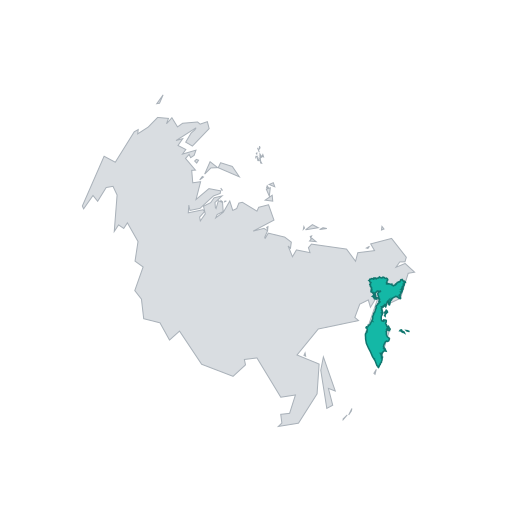 Kamchatka on a map of Russia (orthographic projection), rotated 336°
{"feature_id": "RUS-3468", "entity_name": "Kamchatka", "entity_type": "Region", "adm_level": 1, "iso_a3": "RUS", "parent_name": "Russia", "parent_adm1": "", "projection": "orthographic", "projection_center": [164.844, 57.899], "detail": "fine", "context": "in_parent", "style": "filled", "palette": "teal", "viewbox_px": 512, "rotation_deg": 336, "n_neighbors": 0, "source": "natural_earth", "source_scale": "10m", "svg_char_len": 9776}
<svg xmlns="http://www.w3.org/2000/svg" viewBox="0 0 512 512"><g transform="rotate(336 256 256)"><path d="M226.8,426.0L207.1,420.8L211.7,419.1L214.2,410.7L222.7,413.4L235.5,399.0L221.2,395.1L215.4,349.5L203.3,345.8L202.1,351.2L186.1,356.6L162.3,332.8L155.6,293.5L142.8,297.6L141.1,278.0L127.9,267.6L133.8,248.8L131.2,238.3L148.4,220.1L143.4,211.5L154.1,194.8L152.0,173.4L146.4,177.0L143.1,171.7L136.5,175.9L153.9,143.8L153.7,134.2L147.0,132.5L133.6,141.6L131.7,134.4L117.7,142.8L117.7,139.7L157.8,103.1L165.6,113.1L195.3,93.0L199.8,92.6L197.6,96.3L209.9,94.4L222.5,89.4L232.0,94.7L228.0,98.8L235.4,95.5L236.8,106.1L243.0,104.9L257.1,109.8L258.6,112.8L266.2,113.5L265.0,120.6L242.6,129.7L238.1,123.4L246.7,117.3L251.4,115.9L253.4,114.5L229.9,118.0L236.8,119.0L229.7,123.3L235.2,130.2L230.3,133.0L244.2,134.9L240.4,138.9L236.3,139.6L236.2,136.0L231.3,138.2L235.6,152.9L232.1,151.6L228.0,163.4L235.6,165.6L224.2,180.0L240.4,175.3L250.2,182.1L248.7,184.3L241.6,183.8L224.2,189.7L214.2,187.5L215.3,182.2L211.7,189.0L226.4,192.2L227.1,194.5L220.3,197.5L219.4,201.3L226.8,196.9L228.3,189.2L236.3,188.8L241.4,185.8L249.4,187.3L240.3,190.4L238.6,195.2L238.8,196.4L244.1,190.2L247.2,193.5L244.1,202.0L237.4,202.3L234.7,204.8L244.0,202.7L254.4,195.1L253.3,204.9L257.7,204.8L261.9,200.7L265.4,201.4L275.1,215.4L278.3,212.6L288.3,214.3L287.0,230.5L263.5,232.1L274.5,234.0L276.9,237.6L271.9,242.1L271.3,243.0L271.6,243.6L276.5,240.1L289.9,250.4L293.9,257.7L290.6,263.0L289.4,259.9L289.0,271.5L295.4,266.9L306.7,274.9L307.3,269.7L311.5,267.7L341.5,286.5L344.8,301.3L350.3,294.4L366.5,299.3L365.7,291.6L387.0,295.1L392.8,318.3L389.7,321.9L384.9,319.9L379.3,323.2L389.2,323.5L394.3,335.3L388.0,333.7L370.8,353.4L350.5,353.7L344.4,365.5L348.7,377.0L322.5,407.6L323.9,372.3L355.4,338.5L339.7,349.4L340.7,341.8L331.2,342.2L321.3,352.3L323.4,356.7L283.2,348.0L253.2,363.1L269.7,380.4L255.7,406.8L226.8,426.0ZM273.0,176.9L257.4,160.0L261.6,156.4L270.8,164.6L273.0,176.9ZM276.5,375.6L273.5,411.6L268.3,406.4L265.4,423.5L258.7,424.0L268.7,386.7L276.5,375.6ZM252.4,151.2L256.9,159.7L250.6,157.2L242.4,160.3L252.4,151.2ZM311.9,252.2L320.3,250.3L324.4,255.5L311.9,252.2ZM296.8,199.5L292.5,206.8L292.6,199.2L296.8,199.5ZM301.6,196.1L301.3,200.4L297.1,196.0L301.6,196.1ZM295.5,207.1L293.6,212.7L287.1,208.7L295.5,207.1ZM324.9,257.7L328.7,257.4L331.9,259.7L324.9,257.7ZM236.7,71.0L230.0,77.2L227.3,76.5L236.7,71.0ZM301.4,160.1L301.2,162.4L301.4,157.8L301.4,160.1ZM314.3,262.5L316.7,267.3L311.0,264.1L314.3,262.5ZM239.6,147.0L238.6,144.3L240.8,143.5L242.5,145.1L239.6,147.0ZM301.1,164.4L301.4,166.5L299.8,167.3L301.1,164.4ZM298.9,170.9L296.7,169.7L298.1,168.4L299.5,168.9L298.9,170.9ZM298.0,172.8L298.8,171.2L298.9,173.6L298.0,172.8ZM240.1,162.5L235.5,163.6L239.3,161.5L240.1,162.5ZM295.2,198.9L293.4,198.0L294.8,196.4L295.2,198.9ZM303.5,166.1L303.2,168.6L301.9,167.4L303.5,166.1ZM383.9,283.4L381.2,283.3L383.1,280.2L383.9,283.4ZM303.7,158.8L302.2,160.0L303.9,157.1L303.7,158.8ZM251.7,182.2L251.4,179.6L252.0,182.1L251.7,182.2ZM278.9,234.0L277.4,236.6L277.4,234.2L278.9,234.0ZM363.6,293.3L361.3,294.6L360.1,293.6L363.6,293.3ZM296.8,167.4L298.1,166.4L296.7,168.1L296.8,167.4ZM301.6,167.9L299.7,168.3L301.2,167.1L301.6,167.9ZM281.6,434.3L280.0,436.4L276.0,438.9L281.6,434.3ZM297.7,165.4L295.8,166.0L296.5,164.9L297.7,165.4ZM247.7,193.2L246.4,191.6L246.5,191.1L247.7,193.2ZM353.1,360.7L350.4,359.9L353.0,358.7L353.1,360.7ZM315.0,260.3L313.3,261.8L313.5,260.2L315.0,260.3ZM261.4,364.5L260.6,367.7L259.4,366.3L261.4,364.5ZM319.8,408.5L316.6,412.5L316.0,411.1L319.8,408.5ZM298.1,163.6L298.0,162.4L298.7,162.2L298.1,163.6ZM251.3,193.7L249.3,193.7L249.8,193.2L251.3,193.7ZM311.7,250.2L310.1,250.9L311.7,248.6L311.7,250.2ZM269.3,440.3L274.7,438.3L269.0,441.0L269.3,440.3Z" fill="#d9dde1" stroke="#a8b0b8" stroke-width="1"/><path d="M381.7,340.7L381.4,340.5L380.9,340.9L381.0,340.8L380.6,340.7L380.5,341.0L380.0,342.0L379.9,341.7L379.1,341.5L379.0,342.1L379.1,342.7L378.7,342.8L378.6,343.3L378.2,343.8L377.5,343.4L377.0,343.7L377.7,344.1L377.8,344.3L377.6,344.6L376.9,344.3L377.3,344.7L377.0,345.2L376.2,345.1L376.4,345.6L375.8,345.6L376.6,346.1L376.0,346.4L375.1,345.9L375.8,346.7L375.4,347.4L375.3,347.5L375.2,347.0L375.1,346.9L375.1,347.5L373.9,347.9L374.3,348.2L373.6,348.6L373.8,348.4L373.5,348.1L373.5,348.9L373.0,349.5L371.7,349.8L371.9,350.0L371.7,350.4L371.1,350.4L371.6,351.1L371.1,351.5L371.0,353.4L370.6,353.7L369.6,352.9L369.2,352.2L369.5,351.8L368.8,351.6L368.6,350.8L367.2,350.0L367.6,349.9L367.1,349.6L366.8,349.8L364.2,349.9L362.9,350.5L362.7,350.3L362.7,350.6L362.2,350.9L361.9,350.8L361.7,351.1L361.4,350.8L361.5,351.2L361.3,351.2L361.3,351.3L361.0,351.5L360.5,351.1L360.6,351.7L360.1,351.9L360.2,352.2L358.2,354.9L357.8,354.9L357.7,354.4L357.9,353.1L358.3,352.6L358.1,351.4L358.3,351.4L358.5,350.7L357.4,351.1L357.1,351.5L357.3,351.5L357.5,351.2L358.0,351.0L356.4,352.3L355.7,352.5L355.7,352.3L355.7,352.6L355.0,353.3L354.8,353.1L354.9,352.8L354.6,353.2L354.3,353.0L354.4,353.4L354.7,353.3L355.0,353.9L353.8,355.2L353.4,354.0L352.7,353.2L352.2,353.3L352.4,353.7L352.3,353.9L351.6,354.2L351.8,354.8L351.4,354.4L351.9,353.9L350.1,353.5L350.3,354.0L350.6,353.9L350.3,354.5L349.8,354.4L349.2,354.9L349.3,356.1L348.6,356.5L348.6,356.8L349.1,357.4L349.0,358.2L348.8,358.5L348.9,358.1L348.5,358.2L348.2,358.5L348.8,359.5L348.5,359.8L348.5,359.4L348.2,359.1L347.6,359.1L348.2,359.9L348.2,360.2L347.6,360.5L347.6,360.1L347.4,360.6L346.9,360.7L347.3,360.7L347.3,361.0L346.0,362.0L345.2,363.5L344.5,365.5L344.6,366.4L344.8,366.7L346.0,367.4L345.6,368.0L346.2,367.6L346.1,366.8L346.3,366.5L346.8,366.3L347.8,367.1L348.5,367.3L348.8,367.9L348.6,368.2L348.5,368.6L348.0,369.4L347.0,370.1L347.0,371.4L347.2,372.0L346.9,372.7L346.9,373.7L347.5,374.1L348.4,373.9L348.5,374.2L348.4,374.6L348.5,375.0L348.4,375.7L348.7,376.5L348.8,377.4L347.9,377.8L347.7,378.4L346.9,378.1L346.3,377.0L346.0,377.0L348.0,375.4L347.6,375.1L347.2,375.8L346.5,375.4L345.5,376.0L346.1,376.7L344.2,377.9L344.3,378.2L343.1,381.0L343.0,382.1L343.2,383.4L344.3,385.4L344.1,385.6L344.2,386.0L342.7,387.5L341.2,387.5L340.7,386.8L339.2,387.1L336.6,389.2L335.9,390.3L335.6,391.4L335.7,392.1L335.5,392.3L335.8,392.7L335.7,392.2L335.9,392.4L335.9,393.3L335.3,393.1L335.9,394.3L335.7,394.7L335.9,395.0L336.1,394.7L336.1,395.8L335.1,395.1L335.4,394.6L332.9,395.3L331.0,396.6L330.7,395.6L330.1,395.7L330.1,396.4L330.4,396.5L330.3,396.2L330.8,396.6L330.2,397.3L330.5,397.7L330.4,398.1L329.9,398.0L329.8,398.4L330.2,398.5L330.2,399.0L329.7,399.5L330.2,399.5L330.3,399.6L330.0,399.8L330.2,400.1L329.5,400.6L329.6,400.9L329.2,401.2L329.0,402.1L327.8,403.3L327.4,404.1L325.8,404.8L325.5,405.5L325.2,405.5L322.1,408.1L322.6,407.5L322.6,406.9L322.4,406.8L322.5,406.2L321.9,405.4L322.2,399.9L321.8,397.9L322.1,398.4L322.4,398.1L321.8,397.4L321.5,395.3L321.6,390.0L321.3,386.0L321.3,380.7L322.4,376.2L322.7,375.7L323.8,372.7L324.5,371.5L324.7,371.4L324.3,371.9L324.2,372.2L324.8,371.4L325.7,370.9L326.2,370.0L326.6,370.4L327.9,368.2L327.8,366.8L327.3,366.3L328.1,365.6L328.9,366.2L329.7,366.1L330.4,364.8L331.3,365.2L332.3,365.0L332.6,365.5L332.3,364.9L335.5,362.3L335.8,362.6L335.7,362.1L336.7,361.2L337.6,360.1L337.6,359.3L337.9,358.8L339.7,357.3L340.3,356.2L341.4,355.8L342.8,354.4L343.4,353.4L344.8,352.4L345.0,352.0L344.8,351.8L345.0,351.1L345.8,350.4L347.5,349.8L348.0,349.1L349.3,348.9L349.2,349.4L349.6,348.7L350.6,348.4L350.6,348.2L349.8,347.6L350.2,347.3L350.3,346.8L351.1,346.2L351.4,345.6L351.2,345.0L350.6,344.9L351.0,343.7L351.5,343.5L351.8,339.9L352.6,339.4L353.0,338.8L354.9,339.2L355.1,339.6L355.1,339.3L354.6,338.8L356.1,338.7L354.6,338.6L352.7,337.3L351.6,337.5L351.2,337.9L349.9,338.2L349.7,338.0L349.1,338.8L349.6,339.5L348.8,340.1L349.0,340.8L348.8,341.0L349.1,341.1L348.6,342.0L348.4,342.7L349.5,343.3L349.4,343.6L348.8,343.8L348.7,344.0L348.8,344.3L348.5,344.4L348.0,343.9L348.3,343.6L348.0,343.3L347.3,343.5L347.8,343.9L347.0,343.5L346.9,343.0L346.8,342.8L346.9,342.5L346.5,341.8L347.1,341.6L347.2,340.9L346.1,340.2L347.8,339.7L347.9,338.4L347.7,337.9L348.1,337.1L347.7,337.1L347.4,336.2L346.6,335.8L346.7,334.8L347.0,334.5L347.6,334.5L347.6,334.2L348.0,334.2L348.2,333.8L347.8,333.0L348.7,332.3L348.7,331.5L348.4,331.3L348.1,330.4L348.3,329.9L348.5,329.9L348.5,329.7L348.6,329.1L348.4,329.0L348.3,328.3L348.7,328.0L349.3,328.1L349.6,327.2L350.2,326.9L349.4,325.8L349.4,325.3L349.7,324.8L349.3,324.3L349.9,324.2L350.4,323.5L351.3,323.9L352.1,323.5L353.7,324.5L353.9,325.0L354.1,325.1L354.3,325.0L354.3,324.1L354.9,324.0L355.2,324.6L356.1,324.6L356.6,325.4L356.4,325.6L356.6,325.8L357.4,325.5L359.0,325.9L360.2,325.3L360.6,326.1L360.9,326.2L361.5,327.0L362.4,327.3L362.9,326.9L363.6,327.0L364.0,327.7L364.4,327.8L364.7,328.8L365.4,329.2L366.0,329.2L366.1,329.6L366.6,329.9L366.8,330.9L366.6,331.1L366.6,331.5L365.8,331.8L364.8,333.2L364.8,333.6L364.5,333.6L364.6,333.9L364.3,333.9L363.9,334.6L365.3,335.4L365.8,335.2L368.0,337.0L368.6,336.9L368.4,337.6L368.8,338.0L368.6,338.2L369.4,339.2L369.8,339.0L371.1,339.3L371.7,338.9L371.5,338.7L372.0,338.4L372.2,338.7L372.4,338.5L372.8,338.7L374.3,337.6L375.1,337.9L375.6,337.6L376.7,338.1L376.8,337.8L377.6,337.6L378.4,336.7L378.9,336.6L379.3,336.7L379.5,337.1L380.1,337.0L380.2,337.6L380.0,338.1L380.4,338.6L380.5,339.2L381.1,339.1L381.6,339.7L381.6,340.1L381.8,340.3L381.7,340.5L381.7,340.7ZM353.5,359.9L353.2,360.9L352.4,360.9L352.0,361.3L351.7,361.1L350.6,361.9L349.8,362.7L349.5,363.4L349.2,362.8L349.9,362.4L350.4,361.2L350.5,360.7L350.9,360.0L350.2,360.0L350.4,359.9L352.1,359.3L352.9,358.5L353.5,359.9ZM360.3,385.6L360.3,386.6L359.7,385.7L359.2,385.6L358.2,384.3L357.9,383.3L357.0,382.8L357.7,382.4L358.8,382.6L358.9,382.8L358.7,383.1L358.8,383.7L360.3,385.6ZM364.1,385.9L365.5,387.5L363.3,385.8L363.1,385.3L364.1,385.9Z" fill="#14b8a6" stroke="#0f766e" stroke-width="1.5"/></g></svg>